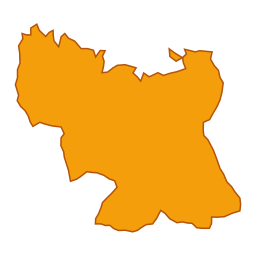 Rafard, São Paulo, Brazil (Natural Earth projection)
{"feature_id": "56859067B95573729606060", "entity_name": "Rafard", "entity_type": "district", "adm_level": 2, "iso_a3": "BRA", "parent_name": "Brazil", "parent_adm1": "São Paulo", "projection": "natural_earth1", "projection_center": [-47.586, -23.044], "detail": "fine", "context": "isolated", "style": "filled", "palette": "amber", "viewbox_px": 256, "rotation_deg": 0, "n_neighbors": 0, "source": "geoboundaries", "source_scale": "gbopen_adm2", "svg_char_len": 1817}
<svg xmlns="http://www.w3.org/2000/svg" viewBox="0 0 256 256"><path d="M182.5,57.6L183.4,62.9L185.7,68.6L177.3,71.6L169.9,73.3L163.5,75.4L157.9,72.7L149.2,76.8L143.7,73.0L140.7,81.2L137.5,77.1L133.0,73.0L136.1,67.8L125.1,64.7L117.3,65.3L112.9,68.0L107.6,72.1L102.0,72.7L103.4,67.0L104.1,61.5L102.5,56.2L105.1,50.7L100.2,50.5L95.6,57.0L93.4,50.2L87.4,48.6L81.1,48.6L74.7,41.1L68.5,38.2L64.8,33.5L61.1,36.8L60.0,41.7L58.6,46.7L54.0,40.9L53.3,36.0L53.1,30.4L49.2,32.4L45.7,36.5L39.3,30.4L36.8,24.2L30.8,28.0L30.8,34.9L26.5,34.9L22.1,33.5L22.8,38.8L18.6,45.8L19.7,53.3L20.0,63.1L17.5,69.6L17.5,77.7L15.4,84.7L18.6,95.2L17.2,100.6L20.6,106.4L25.0,110.6L28.1,115.7L30.3,122.1L32.9,126.4L39.8,122.3L44.4,123.9L52.0,125.9L61.1,127.0L64.2,133.7L61.1,137.7L60.9,145.6L63.7,151.9L64.3,157.2L66.0,162.4L68.5,170.4L70.5,181.3L76.6,179.2L81.2,176.1L86.9,171.7L91.7,172.4L97.0,172.8L103.9,175.3L109.2,178.9L114.7,180.8L117.0,187.3L111.9,193.1L107.6,197.3L102.5,202.5L101.1,207.4L98.6,213.7L95.7,218.6L95.4,223.9L101.0,223.9L105.5,225.5L109.8,225.3L113.8,228.6L118.6,230.5L125.1,230.2L132.7,231.8L137.4,230.4L141.6,227.4L146.2,224.6L152.6,223.9L156.5,218.6L160.7,210.4L165.1,213.4L169.8,218.8L177.0,222.7L182.3,221.9L187.4,223.0L192.1,223.3L196.7,227.7L201.8,228.3L209.4,228.3L211.5,223.6L211.7,217.0L216.5,217.2L224.3,216.7L232.6,213.1L239.9,210.9L240.6,204.6L239.9,198.1L234.5,191.3L231.7,186.8L226.9,181.9L223.6,174.2L220.0,168.5L216.7,158.9L213.3,150.0L207.8,139.6L203.8,135.5L203.2,130.2L203.4,122.3L209.6,119.6L213.1,113.2L216.9,106.9L220.0,99.9L222.0,92.0L223.2,82.9L220.0,77.4L218.4,70.3L214.2,65.6L210.5,59.1L212.1,51.9L205.5,51.3L199.5,50.7L195.4,51.9L184.6,49.3L186.4,54.0L182.5,57.6ZM182.5,57.6L178.6,55.4L174.2,52.6L169.2,48.9L169.9,56.5L176.1,61.2L182.5,57.6Z" fill="#f59e0b" stroke="#b45309" stroke-width="1.5"/></svg>